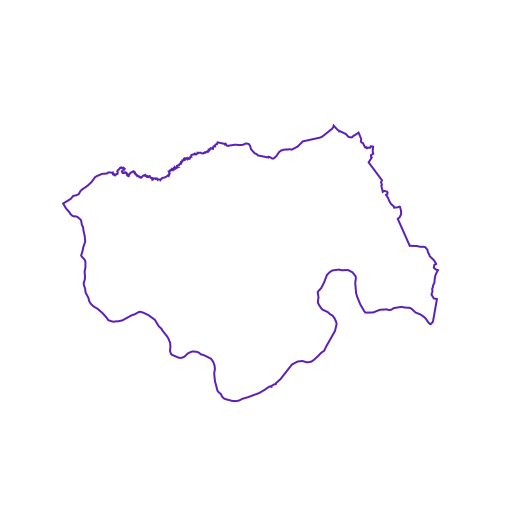 outline of Kintampo North Municipal, Brong Ahafo, Ghana, rotated 232°
{"feature_id": "2480657B78031413348906", "entity_name": "Kintampo North Municipal", "entity_type": "district", "adm_level": 2, "iso_a3": "GHA", "parent_name": "Ghana", "parent_adm1": "Brong Ahafo", "projection": "robinson", "projection_center": [-1.417, 8.387], "detail": "fine", "context": "isolated", "style": "outline", "palette": "violet", "viewbox_px": 512, "rotation_deg": 232, "n_neighbors": 0, "source": "geoboundaries", "source_scale": "gbopen_adm2", "svg_char_len": 6129}
<svg xmlns="http://www.w3.org/2000/svg" viewBox="0 0 512 512"><g transform="rotate(232 256 256)"><path d="M290.1,412.8L290.4,407.6L290.8,407.1L290.4,405.1L290.6,404.4L292.3,402.6L293.1,402.2L296.9,401.9L302.5,399.1L302.9,398.2L303.8,398.5L305.3,397.9L310.9,397.5L310.0,396.2L309.4,394.2L309.3,381.2L310.1,378.9L317.5,363.5L316.6,356.2L317.8,349.7L319.5,348.2L320.5,346.3L321.1,345.9L321.8,344.5L322.6,343.6L323.1,341.9L323.6,341.3L323.7,338.2L322.1,333.2L322.0,329.8L322.8,328.8L325.8,327.6L326.5,326.9L326.1,326.3L334.1,319.4L335.8,319.3L337.7,318.2L343.1,317.8L346.6,319.2L348.8,319.2L350.8,317.5L351.8,313.8L353.7,311.1L356.5,308.2L360.4,301.2L362.1,300.9L362.5,301.1L362.8,300.7L363.2,300.8L363.1,300.3L363.5,300.4L369.2,295.7L368.2,294.2L368.6,293.6L368.5,292.5L367.8,291.6L368.3,291.5L368.0,290.5L368.5,289.9L367.9,288.7L367.3,288.5L366.9,288.0L367.9,287.2L368.8,287.0L368.9,286.1L368.4,285.3L368.9,284.5L368.4,284.4L368.4,283.9L368.0,284.1L367.8,283.3L368.2,282.3L367.8,282.0L368.7,281.2L368.8,280.0L368.5,279.8L368.9,278.9L369.3,279.0L369.4,277.3L370.5,276.4L371.4,276.1L372.2,275.1L372.7,273.8L373.3,273.5L372.8,273.0L372.9,272.2L373.5,271.4L373.2,271.1L373.7,270.8L373.6,270.5L374.1,269.9L374.5,270.2L374.6,269.1L375.4,267.3L374.3,266.0L374.0,266.0L374.4,264.9L374.0,264.7L373.5,263.5L374.1,263.1L374.2,261.9L374.9,262.2L375.3,261.4L375.4,261.8L375.6,261.5L375.9,261.7L376.2,260.7L375.8,260.1L376.7,259.9L376.4,259.3L376.9,259.0L376.4,258.4L376.4,258.1L376.0,258.1L376.7,256.8L375.9,256.3L376.0,255.4L375.7,255.1L376.2,254.7L375.1,253.8L375.5,253.5L375.2,253.0L375.5,252.3L374.9,251.2L375.5,250.4L375.7,249.3L375.1,248.9L375.2,248.4L374.9,248.1L374.3,248.5L374.6,247.8L374.2,247.4L374.6,246.8L375.1,247.2L375.1,246.4L375.6,246.4L374.9,245.8L375.7,245.4L374.9,244.8L375.6,244.2L375.1,243.7L376.1,243.5L375.8,243.1L376.4,243.0L376.3,242.2L375.7,241.9L375.9,241.4L376.3,241.7L376.5,240.6L375.9,239.8L376.2,239.3L375.3,239.2L374.6,238.5L374.2,238.8L373.9,238.5L373.7,237.5L373.3,237.2L373.6,236.6L373.1,236.3L373.8,236.0L373.7,234.3L374.0,232.7L375.2,230.2L374.8,227.9L375.1,228.1L375.9,226.7L376.8,226.0L376.6,225.5L377.9,225.6L378.2,224.9L378.5,225.3L379.5,224.1L379.9,223.2L380.5,222.8L379.7,222.2L379.8,221.6L380.2,222.0L381.0,221.4L382.0,221.6L382.5,221.1L384.4,221.5L384.7,221.2L384.5,219.6L385.3,218.8L386.6,218.4L386.7,219.1L387.5,218.5L388.2,218.6L388.2,217.3L388.7,217.0L388.8,216.1L388.3,213.9L388.7,213.5L388.9,213.8L389.3,212.9L390.6,212.5L390.7,212.9L391.8,212.3L392.0,211.7L392.6,212.0L393.1,211.6L393.7,212.0L394.6,211.3L395.1,211.7L395.8,211.4L396.4,212.1L397.9,211.8L397.6,211.2L398.5,210.6L398.5,209.3L398.9,208.4L398.3,206.9L398.5,206.1L397.3,205.0L397.4,204.6L398.6,204.2L399.4,204.9L399.7,204.5L400.3,205.1L402.3,204.9L402.5,204.4L402.2,203.9L403.0,203.6L403.2,203.0L403.0,202.6L403.5,202.0L405.3,202.4L405.5,204.1L405.2,205.3L405.5,206.2L407.3,205.9L407.8,204.4L408.8,204.4L409.1,203.1L408.8,202.8L408.8,201.7L408.5,201.1L408.7,199.8L408.0,198.7L407.2,198.7L406.0,197.5L406.6,196.4L406.1,194.8L406.8,194.2L407.1,194.7L408.3,194.5L408.6,193.7L410.0,194.6L410.4,193.6L412.3,191.8L412.8,190.8L412.7,189.5L415.5,185.2L416.9,179.9L417.2,177.8L415.5,171.7L415.1,167.2L415.2,163.4L415.5,160.8L415.3,157.7L413.9,154.4L414.5,151.7L415.9,149.1L415.1,145.2L416.1,136.3L410.3,135.6L405.4,135.9L403.8,135.6L401.1,135.9L399.3,136.9L398.4,138.2L396.8,139.3L392.5,140.2L391.4,139.9L387.6,137.9L385.2,137.4L381.1,135.1L377.7,133.6L372.6,130.4L369.4,125.5L366.8,122.5L364.1,118.6L362.9,118.3L358.7,118.7L356.4,118.0L352.0,114.5L349.2,111.3L344.9,108.5L342.8,106.5L340.9,103.7L339.4,102.6L335.6,101.3L332.1,99.2L326.3,98.2L323.1,96.8L321.4,96.5L319.4,96.4L316.1,97.0L311.8,98.7L305.6,99.9L299.5,100.3L296.4,100.1L293.0,102.3L291.6,103.7L290.6,105.6L289.5,107.0L287.5,111.2L285.7,122.3L284.9,123.7L284.0,129.1L283.4,130.4L280.9,132.2L275.8,134.8L268.1,137.0L260.4,136.1L256.8,136.7L255.1,136.4L246.7,136.4L244.3,136.0L240.3,134.8L237.0,132.5L234.3,129.9L231.2,128.7L229.9,128.9L223.6,132.4L222.3,133.6L221.3,135.3L220.7,137.8L221.2,142.1L220.7,144.9L219.8,147.3L217.2,150.1L215.5,151.3L212.1,152.2L211.0,153.2L208.6,154.6L202.7,157.3L198.8,157.1L194.8,155.7L192.1,153.9L189.6,151.1L188.1,150.0L182.6,146.6L173.8,142.8L172.6,142.6L168.6,143.3L166.5,142.8L163.8,142.9L161.9,143.9L156.5,148.0L153.8,151.1L152.5,153.8L151.8,157.5L149.6,163.0L146.1,174.0L145.2,180.5L144.9,186.2L143.5,187.6L144.1,188.1L143.8,190.1L143.7,191.2L142.8,192.7L143.5,193.5L143.9,199.5L148.4,217.5L147.2,223.9L144.7,227.9L140.7,230.8L138.7,234.6L138.5,237.5L138.9,242.9L139.6,247.5L139.4,251.4L141.6,255.9L148.3,272.1L152.8,277.7L154.6,278.5L158.2,279.5L162.0,279.6L164.2,278.6L167.7,278.0L172.6,275.5L174.2,275.2L177.5,275.4L180.5,275.9L181.8,276.5L185.1,279.9L189.4,282.3L189.9,283.3L190.6,287.7L193.3,293.5L197.4,300.2L197.9,303.8L197.6,307.3L194.3,312.9L191.7,315.1L188.4,319.8L183.7,322.0L178.6,322.0L176.9,320.9L173.8,317.7L165.1,312.0L161.9,310.7L153.7,308.4L145.7,307.3L144.0,307.4L139.4,313.5L137.3,320.6L133.5,326.1L131.5,327.6L130.3,329.7L130.2,332.3L127.6,337.1L126.0,339.7L124.5,340.8L120.7,345.0L119.9,345.6L118.0,346.2L113.3,346.9L108.7,349.6L104.0,351.0L101.6,351.2L97.4,350.9L95.1,351.3L94.8,351.7L95.1,354.4L96.0,355.8L110.7,372.1L113.0,370.0L117.5,370.5L119.6,373.4L121.7,374.6L122.4,376.0L123.9,377.6L125.3,380.4L127.0,381.8L129.8,384.8L131.2,386.9L132.8,390.7L134.6,389.4L137.3,388.9L139.2,391.0L138.8,393.0L139.4,393.2L142.9,393.6L148.7,392.8L151.7,393.7L152.9,393.7L155.3,394.9L158.8,394.8L159.9,393.9L162.3,390.9L164.8,389.0L167.9,385.1L169.1,384.1L169.3,383.4L198.0,390.6L198.1,393.0L199.5,396.0L202.3,398.1L206.0,399.7L206.5,399.5L207.4,397.1L209.1,394.6L210.0,395.1L214.1,394.4L217.9,395.0L220.3,395.8L224.1,396.1L223.9,397.6L225.1,398.8L226.2,398.8L228.4,397.0L228.5,395.4L234.2,398.0L234.8,399.2L237.1,399.9L238.1,401.9L260.4,402.4L262.4,407.9L263.5,407.7L264.7,408.8L264.4,411.3L266.4,412.2L270.1,415.6L271.8,414.0L271.0,412.7L272.5,411.0L272.3,410.4L272.6,409.7L273.5,409.4L274.0,409.7L274.6,408.8L279.2,409.8L280.3,409.1L281.7,409.1L283.3,410.9L290.1,412.8Z" fill="none" stroke="#5b21b6" stroke-width="2"/></g></svg>